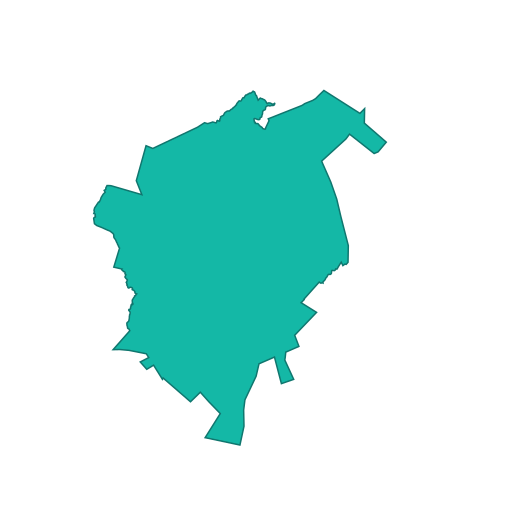 outline of Santa Isabel, Chihuahua, Mexico, rotated 238°
{"feature_id": "50627088B95604835904920", "entity_name": "Santa Isabel", "entity_type": "district", "adm_level": 2, "iso_a3": "MEX", "parent_name": "Mexico", "parent_adm1": "Chihuahua", "projection": "mercator", "projection_center": [-106.302, 28.305], "detail": "fine", "context": "isolated", "style": "filled", "palette": "teal", "viewbox_px": 512, "rotation_deg": 238, "n_neighbors": 0, "source": "geoboundaries", "source_scale": "gbopen_adm2", "svg_char_len": 6012}
<svg xmlns="http://www.w3.org/2000/svg" viewBox="0 0 512 512"><g transform="rotate(238 256 256)"><path d="M104.2,142.2L118.0,155.6L131.9,163.9L139.9,170.4L154.0,192.4L163.0,201.4L160.5,218.1L134.3,209.9L131.4,222.6L152.5,225.3L154.6,227.1L158.7,230.3L156.6,244.5L168.3,246.8L176.1,277.5L192.5,269.5L193.5,273.8L194.0,273.8L200.4,295.8L199.4,296.1L198.6,296.6L198.1,298.1L197.5,298.5L198.5,299.1L198.6,299.3L198.7,299.7L198.8,300.3L199.2,301.8L199.6,302.5L200.3,303.5L200.6,304.8L202.0,307.4L201.9,308.0L201.7,308.4L201.2,308.8L201.0,309.4L201.0,309.8L201.1,310.2L201.2,310.6L203.4,312.4L203.5,312.8L203.2,313.3L202.8,313.7L202.3,314.4L202.0,314.9L202.2,316.0L202.4,316.2L202.7,316.5L202.8,316.9L202.4,317.1L202.0,317.8L203.5,320.6L205.6,325.0L201.8,324.6L202.0,327.1L201.1,328.0L201.9,330.7L215.9,339.8L244.6,348.9L261.4,354.6L279.0,358.6L299.0,361.5L301.7,362.0L307.6,394.3L309.8,399.9L280.3,410.5L279.6,414.7L283.5,426.8L311.3,418.3L323.4,426.2L321.9,419.7L360.4,401.3L359.2,395.6L357.9,390.0L357.9,386.6L359.4,378.1L359.3,375.1L359.4,374.3L362.1,359.6L363.4,352.6L365.2,342.6L365.9,339.1L363.8,338.7L359.5,332.0L359.2,331.7L358.8,331.5L358.7,331.0L358.7,330.8L359.5,330.1L360.3,329.4L360.6,329.2L361.1,329.3L361.8,329.3L362.0,329.1L362.5,329.0L362.6,328.8L362.8,328.8L363.3,328.7L364.1,328.3L364.7,328.0L364.9,328.0L365.1,328.1L366.5,327.9L366.9,327.9L367.1,327.8L367.5,327.5L367.9,326.8L368.1,326.6L368.3,326.3L368.6,326.1L368.7,325.9L368.9,326.0L369.1,325.9L369.2,326.1L369.3,326.1L369.3,325.9L369.5,326.0L369.9,326.0L370.1,326.1L370.5,325.9L370.6,325.7L371.5,326.1L372.3,326.4L372.6,326.6L373.1,326.8L373.4,327.1L373.4,327.5L373.1,328.0L370.7,329.9L370.0,330.8L370.0,331.8L370.5,332.2L371.0,332.9L371.1,333.0L370.9,334.2L371.0,334.6L372.2,335.6L372.7,336.4L373.3,337.0L374.0,337.5L374.8,338.0L375.2,338.7L375.4,339.3L375.5,339.7L375.4,340.1L375.2,341.0L375.6,341.9L376.7,342.7L377.1,343.2L377.3,343.9L377.3,344.7L377.3,345.7L376.7,346.5L376.1,347.0L375.7,347.8L375.5,348.7L375.1,349.5L374.7,349.9L374.5,350.4L374.4,351.0L374.5,351.7L375.1,352.5L375.3,352.7L375.6,352.7L375.6,351.1L375.9,350.7L376.3,350.3L378.0,349.3L378.5,348.7L379.0,348.1L379.4,347.2L379.4,346.2L380.4,346.1L381.6,346.3L383.5,346.1L384.2,345.8L384.7,345.4L385.6,344.9L386.1,344.6L386.6,344.0L387.7,343.3L387.0,340.4L388.6,340.7L391.0,341.2L391.7,341.4L391.8,341.4L392.0,341.1L392.3,341.1L393.1,341.1L394.5,341.5L395.6,341.7L396.0,341.7L396.8,340.9L397.0,340.8L397.3,340.8L397.0,340.0L397.0,338.4L397.0,338.0L396.8,337.7L397.5,337.0L397.5,336.7L397.6,336.4L397.4,335.8L397.4,335.3L397.6,334.9L397.7,334.4L397.5,333.6L397.6,333.2L397.9,332.8L397.9,332.5L397.5,331.5L396.5,329.7L396.9,329.3L397.0,329.0L397.1,328.7L396.9,328.2L396.6,327.8L396.3,326.9L395.7,326.1L395.5,325.5L395.5,325.2L395.6,324.9L396.3,324.2L396.5,323.8L396.3,323.0L395.9,322.0L395.6,320.9L394.9,319.7L394.5,319.5L394.5,319.4L394.5,318.7L394.2,318.0L393.9,316.5L393.8,315.7L393.9,315.4L393.9,315.1L393.5,314.7L393.4,314.3L393.4,313.8L393.5,312.9L393.5,312.4L393.1,310.3L393.9,309.0L394.1,308.3L394.2,307.8L394.1,306.9L394.1,306.0L393.9,305.2L393.6,304.6L392.9,303.5L392.6,303.0L392.6,302.6L392.8,301.0L392.8,299.7L392.2,299.3L391.7,298.9L391.2,297.8L390.7,297.5L390.0,297.1L389.7,296.6L389.7,296.3L391.4,295.2L391.4,294.7L391.1,294.3L390.4,293.5L390.1,293.0L390.1,292.6L392.6,290.3L392.9,288.8L393.6,286.1L394.1,284.9L396.3,283.0L396.2,274.6L401.9,225.5L407.8,221.2L383.3,194.4L368.5,191.7L391.9,170.8L393.0,169.6L394.7,167.0L393.4,164.8L392.1,163.9L392.1,162.0L390.0,161.9L389.4,159.2L387.7,155.7L385.9,153.6L384.8,151.5L385.2,151.0L382.3,144.6L380.6,142.8L379.3,142.5L379.0,142.0L378.5,141.7L378.0,141.0L377.5,141.7L376.4,141.7L376.1,141.3L375.6,141.2L375.3,140.8L375.2,140.8L374.7,140.8L374.2,140.5L374.2,140.2L374.4,139.6L374.4,139.3L374.2,138.6L374.0,138.3L369.0,136.1L367.6,136.6L367.3,136.7L366.2,137.1L362.6,139.8L356.2,144.1L354.8,145.2L353.4,145.8L352.4,146.1L351.2,146.6L350.2,146.7L349.5,146.6L348.0,145.9L347.6,145.5L347.0,145.4L346.3,145.3L344.4,145.5L343.4,145.4L341.7,145.1L340.5,145.1L338.9,144.7L337.8,144.8L337.1,144.5L336.6,144.5L336.1,144.4L335.7,144.5L335.0,144.5L321.9,129.5L316.3,135.1L316.3,134.9L316.2,134.9L315.0,134.9L313.9,135.4L313.6,135.4L313.3,135.3L313.1,135.3L312.4,136.1L312.0,136.2L311.2,136.2L310.9,136.0L310.5,135.5L309.8,135.5L309.2,135.8L308.9,135.6L308.6,135.0L308.1,134.4L307.7,133.7L307.0,133.9L306.4,133.7L306.1,133.8L304.6,134.1L304.3,134.3L304.0,134.3L303.8,134.2L303.2,133.3L303.0,133.2L302.9,133.1L302.7,132.5L302.4,132.0L302.3,131.9L301.8,132.1L301.5,132.0L300.8,131.5L300.2,131.7L299.9,131.4L299.5,131.0L298.6,131.1L297.9,131.0L297.3,130.7L296.6,130.8L296.4,130.9L296.1,131.9L296.2,132.7L296.1,132.9L295.8,133.3L294.7,134.1L294.3,134.1L294.0,134.1L293.6,133.8L293.4,133.4L293.2,133.2L292.9,133.2L292.6,133.4L292.3,133.8L292.1,133.9L291.3,134.3L290.3,134.3L290.0,134.4L289.8,134.4L289.3,134.1L289.0,133.8L288.7,133.8L287.7,134.1L287.5,134.3L287.4,134.5L287.1,134.7L287.0,134.1L286.6,133.3L286.4,133.1L286.3,132.9L286.4,132.4L286.5,132.2L286.4,131.8L286.1,131.7L285.8,131.2L285.5,130.7L285.4,130.1L284.6,128.6L284.3,127.9L283.8,127.4L283.1,127.1L282.4,126.6L282.0,126.5L281.2,126.5L280.7,126.3L280.4,126.1L280.2,125.8L280.2,125.6L280.4,125.6L281.1,125.8L281.2,125.7L281.0,125.1L280.4,124.3L280.4,124.2L280.6,124.0L280.6,123.9L280.3,123.8L279.8,123.6L279.4,123.2L279.3,122.7L279.1,122.5L278.2,122.0L277.6,121.3L277.6,121.2L278.0,120.0L277.8,119.6L277.6,119.4L277.1,119.3L276.9,119.5L276.6,119.4L275.9,119.6L275.5,119.5L274.9,119.4L274.4,119.1L273.8,118.6L273.2,117.9L273.1,117.6L272.5,117.2L271.4,116.2L270.7,115.9L268.4,113.8L268.1,113.2L267.8,111.4L267.5,110.9L266.8,110.5L265.2,109.7L264.7,109.7L262.8,108.9L262.4,109.0L261.6,109.5L261.2,109.5L260.8,109.5L259.5,109.4L252.3,85.2L248.9,90.9L243.3,98.3L231.2,111.2L226.7,111.2L227.5,101.7L217.8,103.3L217.7,111.3L201.0,111.3L201.7,112.6L167.1,123.2L170.0,136.6L157.2,138.8L141.3,142.2L128.9,116.6L104.2,142.2Z" fill="#14b8a6" stroke="#0f766e" stroke-width="1.5"/></g></svg>